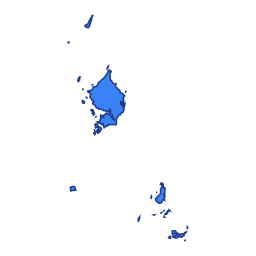 outline of Natuna, Kepulauan Riau, Indonesia
{"feature_id": "22746128B6637644559706", "entity_name": "Natuna", "entity_type": "district", "adm_level": 2, "iso_a3": "IDN", "parent_name": "Indonesia", "parent_adm1": "Kepulauan Riau", "projection": "natural_earth1", "projection_center": [108.338, 3.627], "detail": "fine", "context": "isolated", "style": "filled", "palette": "blue", "viewbox_px": 256, "rotation_deg": 0, "n_neighbors": 0, "source": "geoboundaries", "source_scale": "gbopen_adm2", "svg_char_len": 5847}
<svg xmlns="http://www.w3.org/2000/svg" viewBox="0 0 256 256"><path d="M109.4,70.0L108.3,70.5L107.2,73.6L105.5,75.6L105.5,76.3L103.5,78.3L103.3,78.9L102.3,79.1L99.8,81.8L98.6,82.2L97.3,85.6L96.3,86.1L95.9,86.8L93.8,86.6L93.0,87.3L92.9,88.5L92.3,89.5L90.5,90.5L88.9,90.7L88.0,91.9L88.4,92.3L89.7,92.2L90.1,93.6L90.6,93.8L90.3,95.5L90.5,95.9L90.0,96.5L90.2,97.6L92.4,100.6L93.4,101.0L93.7,102.4L93.1,102.4L93.2,102.7L92.6,103.1L92.7,103.8L94.9,105.2L96.4,108.0L98.3,108.1L98.8,109.3L100.9,108.8L102.1,109.8L103.3,110.0L104.0,110.9L105.2,110.6L106.2,111.1L106.9,110.9L107.2,111.3L108.3,111.1L109.7,112.4L110.0,112.0L110.3,110.3L109.3,108.6L110.5,109.7L110.6,112.1L109.7,113.0L112.3,115.1L112.0,115.4L112.4,116.6L113.2,117.5L114.1,119.9L113.1,119.2L112.7,118.0L112.0,117.9L108.1,113.4L106.8,112.9L106.4,113.6L105.7,113.7L105.5,114.4L103.6,115.1L103.6,117.1L102.9,116.0L102.3,116.1L102.3,116.6L101.6,116.3L100.9,116.7L100.7,117.2L101.2,118.7L100.5,118.8L99.7,121.3L98.9,121.8L98.6,122.8L98.8,123.1L99.6,123.1L101.7,124.4L100.9,123.3L101.2,123.1L101.6,123.4L102.1,124.7L102.8,124.7L103.1,124.4L103.0,124.9L103.4,125.2L103.5,126.5L104.1,127.7L104.8,126.7L106.7,126.5L106.9,125.7L107.9,124.9L108.5,125.3L108.6,124.7L109.0,124.9L109.8,124.4L112.8,124.7L114.0,124.3L115.7,125.0L116.5,123.8L116.4,119.3L116.8,118.0L118.4,116.3L119.2,114.6L119.7,114.5L120.3,114.8L121.5,112.9L123.3,112.0L124.1,108.7L124.0,106.8L125.2,105.7L124.5,105.9L124.3,105.5L125.0,104.0L125.0,103.0L124.2,103.5L122.5,106.1L122.4,105.4L122.9,104.5L122.5,104.4L122.6,103.7L121.6,102.4L121.2,102.4L120.9,102.9L121.3,103.4L121.3,104.3L120.4,104.2L120.8,102.6L120.6,101.9L121.3,101.8L121.2,101.4L123.5,102.1L123.9,100.1L122.9,98.7L123.8,97.4L124.1,96.3L124.5,96.2L124.6,95.5L123.1,94.4L122.4,93.4L120.0,92.3L119.9,90.6L115.4,86.5L116.0,83.8L114.8,84.1L113.2,83.3L112.2,82.2L111.6,80.8L110.5,79.8L110.1,78.3L110.3,75.7L109.8,74.4L110.1,72.9L110.5,72.9L111.3,71.3L110.8,70.9L110.0,71.2L109.4,70.0ZM164.7,187.8L162.9,187.1L161.1,188.1L160.5,189.6L160.6,193.0L160.4,193.7L158.5,195.9L157.1,197.0L156.5,198.3L155.5,198.7L155.6,200.0L156.6,201.5L159.2,203.4L161.5,202.7L162.9,199.9L164.2,199.7L164.5,199.9L164.5,200.2L164.7,200.3L164.6,199.8L164.0,199.1L164.9,196.6L164.4,196.8L163.9,196.2L164.7,194.3L163.9,194.0L164.8,193.2L165.1,188.3L164.7,187.8ZM174.8,230.6L172.2,231.0L172.3,233.3L172.5,234.3L174.2,233.8L174.7,233.3L175.1,233.5L174.9,234.2L175.2,233.6L176.0,234.2L175.9,234.7L177.0,234.9L176.2,235.4L175.9,235.2L174.8,236.4L175.0,236.8L174.8,237.3L175.6,238.1L177.3,237.8L178.4,236.9L178.3,237.3L178.7,236.8L178.5,236.1L179.5,236.7L180.3,236.6L181.1,237.4L182.1,236.4L182.3,236.6L181.6,237.3L182.5,236.4L184.1,235.6L184.1,233.3L183.8,233.7L181.8,233.8L180.7,234.4L179.4,234.0L176.4,232.7L175.8,231.2L174.8,230.6ZM91.7,17.6L90.5,18.1L90.3,19.5L89.2,20.7L88.4,23.0L87.7,24.0L85.1,25.4L85.2,26.7L88.2,27.8L89.2,26.6L91.8,19.0L91.7,17.6ZM73.4,186.3L71.3,186.8L70.2,187.7L70.6,188.1L70.6,190.4L71.0,191.0L73.1,190.3L75.7,190.2L74.9,187.1L73.4,186.3ZM99.7,127.0L98.9,127.4L98.5,129.3L97.7,129.2L97.4,129.5L96.6,131.6L96.9,132.2L97.6,132.3L97.9,131.0L98.4,130.8L99.7,131.9L100.0,131.4L99.7,130.4L101.2,129.9L101.5,128.4L99.7,127.0ZM95.7,123.9L94.9,124.4L95.6,126.3L95.4,127.6L95.6,127.8L95.7,126.9L97.9,127.3L98.3,126.2L97.3,124.4L95.7,123.9ZM91.3,109.6L90.4,110.3L91.5,110.1L91.4,110.6L92.4,111.0L92.2,111.6L92.6,112.6L92.2,113.3L93.2,113.8L93.5,113.3L94.0,113.7L93.6,114.9L94.4,114.5L94.3,113.0L93.9,113.0L93.5,112.4L93.6,112.0L94.1,111.9L93.7,111.8L93.5,110.6L92.6,109.8L91.3,109.6ZM161.0,183.0L160.9,183.8L160.5,184.1L161.2,184.4L161.9,186.1L161.8,186.9L161.2,187.1L162.9,187.0L163.4,186.2L162.9,185.0L163.3,184.2L162.7,183.6L162.5,183.9L161.9,183.1L161.0,183.0ZM84.5,101.6L82.4,100.6L82.4,102.4L83.1,103.3L83.9,103.4L84.4,102.8L84.5,101.6ZM79.6,76.9L79.0,77.5L78.9,78.5L78.3,78.7L78.0,80.0L78.3,80.3L77.8,80.9L78.2,81.3L78.2,80.8L78.8,81.0L79.7,80.0L79.5,78.8L80.2,77.1L79.6,76.9ZM167.8,210.7L167.3,211.7L166.5,212.2L166.1,213.3L164.9,214.0L164.8,214.5L165.3,214.6L166.3,213.8L166.9,213.9L167.2,212.7L168.3,211.8L168.1,211.1L168.3,210.7L167.8,210.7ZM138.3,221.3L139.5,218.7L139.7,216.8L138.4,218.6L138.1,221.1L138.3,221.3ZM95.2,131.7L94.7,131.2L94.6,132.1L93.8,133.1L94.7,134.7L95.2,134.3L95.0,133.0L95.3,132.2L95.2,131.7ZM170.1,236.3L169.2,236.7L169.7,237.6L169.6,238.0L169.1,238.1L169.4,238.3L170.5,238.2L170.8,236.6L170.1,236.3ZM151.2,198.2L151.7,197.0L151.5,196.2L150.8,197.8L151.2,198.2ZM107.7,68.3L108.4,66.2L107.6,66.7L107.7,67.6L106.6,69.5L107.7,68.3ZM92.9,15.7L92.6,15.4L92.0,15.7L91.8,17.0L92.0,17.1L92.9,15.7ZM173.1,235.7L172.8,235.9L173.2,237.3L173.7,237.4L174.0,237.0L173.7,236.8L173.7,236.3L173.3,236.5L173.1,235.7ZM187.8,227.5L187.3,226.9L187.3,228.3L187.7,228.1L187.8,227.5ZM98.6,121.8L97.2,121.9L97.6,122.2L97.5,122.8L98.2,122.7L98.1,122.2L98.6,121.8ZM98.3,132.2L97.9,132.3L97.8,133.1L98.5,132.8L99.1,133.2L98.3,132.2ZM68.9,42.1L68.2,42.1L68.2,42.7L68.8,42.9L68.9,42.1ZM186.3,231.9L185.6,232.4L185.5,233.0L186.1,232.7L186.3,231.9ZM164.0,217.1L164.7,217.1L164.1,216.5L164.0,217.1ZM100.8,114.9L100.6,115.9L101.6,115.6L101.6,115.4L100.8,114.9ZM163.0,211.5L164.0,210.8L164.0,210.7L163.0,211.5ZM185.1,240.3L184.4,240.0L184.9,240.6L185.1,240.3ZM160.2,213.4L162.5,212.2L160.6,213.1L160.2,213.4ZM94.6,130.6L94.6,130.0L94.8,129.3L94.3,130.0L94.6,130.6ZM169.4,210.1L169.7,210.8L170.2,211.0L169.9,210.4L169.4,210.1ZM87.7,98.1L86.5,97.4L86.6,97.8L87.7,98.1ZM122.9,103.2L122.4,103.1L122.7,103.7L122.9,103.2ZM93.3,84.4L92.5,84.7L92.4,84.8L92.8,84.8L93.3,84.4ZM126.0,91.5L125.7,90.9L125.7,91.8L126.0,91.5ZM83.1,89.3L82.5,88.6L82.9,89.5L83.1,89.3ZM96.2,116.6L96.4,115.9L95.9,116.7L96.2,116.6ZM87.6,91.0L87.0,91.0L87.6,91.2L87.6,91.0ZM154.4,214.9L153.6,215.0L154.0,215.2L154.4,214.9ZM156.9,192.6L156.6,192.2L156.1,192.1L156.9,192.6Z" fill="#3b82f6" stroke="#1e3a8a" stroke-width="1.5"/></svg>